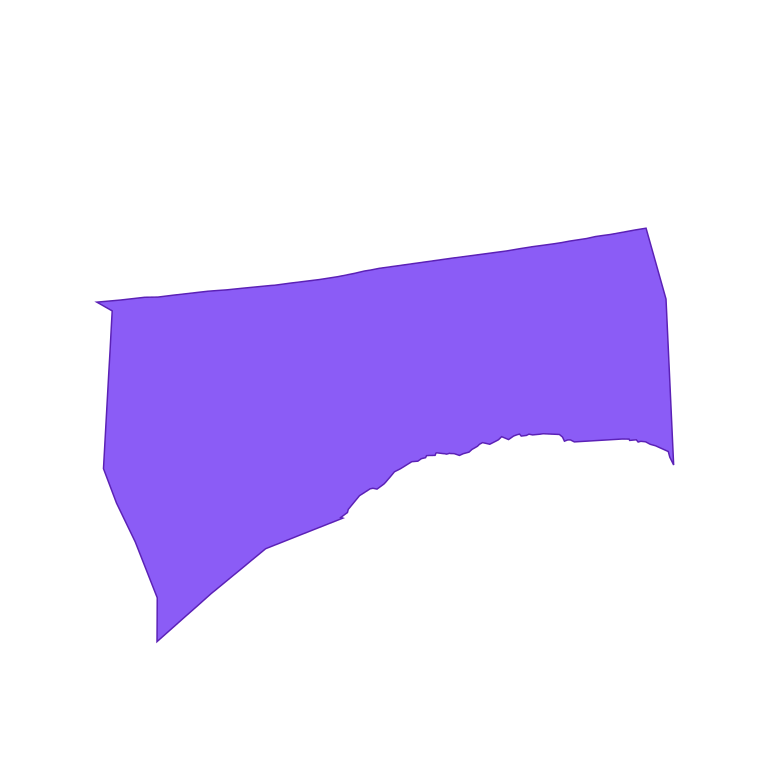 outline of La Grandeza, Chiapas, Mexico, rotated 251°
{"feature_id": "50627088B79475458377656", "entity_name": "La Grandeza", "entity_type": "district", "adm_level": 2, "iso_a3": "MEX", "parent_name": "Mexico", "parent_adm1": "Chiapas", "projection": "robinson", "projection_center": [-92.226, 15.51], "detail": "fine", "context": "isolated", "style": "filled", "palette": "violet", "viewbox_px": 768, "rotation_deg": 251, "n_neighbors": 0, "source": "geoboundaries", "source_scale": "gbopen_adm2", "svg_char_len": 1906}
<svg xmlns="http://www.w3.org/2000/svg" viewBox="0 0 768 768"><g transform="rotate(251 384 384)"><path d="M554.9,139.1L541.6,150.8L524.4,143.8L504.6,135.8L483.9,127.3L395.3,91.2L358.5,92.3L315.6,97.4L255.7,100.0L232.8,92.0L214.3,85.5L227.7,117.7L229.4,121.8L235.2,135.9L237.5,141.4L242.0,152.1L242.9,154.5L244.0,157.6L245.0,160.2L251.8,178.4L255.3,187.9L259.9,200.0L266.8,218.5L267.3,229.0L267.3,229.6L267.4,232.2L267.8,240.3L268.5,254.9L269.3,272.7L270.6,301.4L271.9,299.7L274.4,307.6L277.1,309.4L286.4,324.5L289.4,336.8L289.0,339.6L286.9,343.2L289.5,351.5L290.7,353.8L292.4,356.6L294.0,359.4L297.6,365.3L298.5,371.9L301.5,385.0L300.0,390.9L301.1,394.5L301.2,395.5L300.8,399.3L302.4,400.9L302.0,402.4L301.7,403.5L301.1,405.2L299.9,409.1L301.7,410.6L301.8,411.4L298.9,417.3L298.5,418.4L297.7,419.7L297.5,420.0L297.3,420.5L297.1,423.6L296.7,424.0L295.3,427.7L291.9,432.1L292.3,436.2L291.9,442.2L293.5,445.9L294.0,448.6L294.7,452.1L295.9,454.6L296.5,458.1L292.6,464.4L293.2,468.7L293.5,470.9L294.0,474.1L295.9,478.1L290.9,483.7L292.6,489.6L292.7,493.3L292.5,495.9L290.1,496.8L289.0,501.9L289.4,504.7L287.5,507.9L285.7,515.4L285.2,518.2L279.2,533.4L275.7,535.5L271.2,536.0L271.3,539.5L270.5,542.0L267.3,545.1L254.4,591.4L252.1,597.8L250.7,597.9L249.1,604.4L246.4,605.4L246.2,608.2L244.2,612.5L240.3,616.1L237.2,620.6L227.6,630.8L221.8,630.4L213.1,631.5L291.4,654.5L372.5,678.3L446.0,682.5L447.9,671.5L451.7,646.6L453.3,638.7L454.6,631.8L455.6,622.9L458.7,606.0L459.9,597.8L461.2,590.6L463.4,579.5L465.7,568.1L465.7,567.8L467.6,557.2L467.7,556.6L469.9,543.2L480.5,491.0L494.4,419.8L494.4,419.5L494.9,417.3L496.2,407.7L496.3,407.4L497.2,402.3L498.1,393.4L498.1,393.1L500.5,375.4L503.8,356.9L509.8,328.7L513.0,312.7L513.9,309.5L520.5,281.9L524.3,265.6L526.7,256.7L529.0,247.9L529.1,247.5L536.5,214.1L539.8,198.5L543.9,186.0L549.2,162.1L554.9,139.1Z" fill="#8b5cf6" stroke="#5b21b6" stroke-width="1.5"/></g></svg>